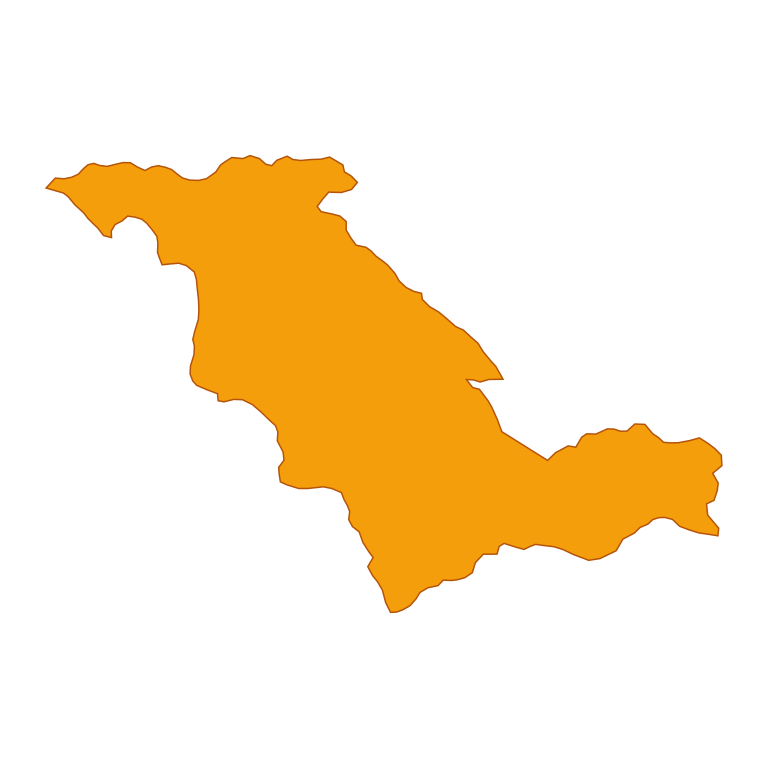 outline of Coronel Macedo, São Paulo, Brazil
{"feature_id": "56859067B35936391886088", "entity_name": "Coronel Macedo", "entity_type": "district", "adm_level": 2, "iso_a3": "BRA", "parent_name": "Brazil", "parent_adm1": "São Paulo", "projection": "orthographic", "projection_center": [-49.312, -23.631], "detail": "fine", "context": "isolated", "style": "filled", "palette": "amber", "viewbox_px": 768, "rotation_deg": 0, "n_neighbors": 0, "source": "geoboundaries", "source_scale": "gbopen_adm2", "svg_char_len": 3043}
<svg xmlns="http://www.w3.org/2000/svg" viewBox="0 0 768 768"><path d="M329.6,157.1L320.9,159.2L311.3,159.5L300.6,160.5L292.9,159.5L287.1,156.2L276.8,160.3L271.7,165.7L265.8,164.2L259.3,158.5L250.0,155.6L242.9,158.6L231.8,157.5L225.3,161.6L220.5,165.0L215.8,172.0L206.5,178.7L198.5,180.4L189.8,180.1L182.5,178.0L177.6,174.4L171.7,169.6L165.5,167.3L158.3,165.7L151.6,167.0L144.9,170.5L137.2,166.9L130.3,162.7L123.0,162.6L115.5,164.3L107.2,166.4L99.4,165.4L93.9,163.4L88.1,164.7L83.7,168.4L78.3,174.2L71.8,177.2L64.0,178.8L55.3,178.1L46.1,188.0L55.3,190.7L63.2,192.9L68.1,196.6L74.8,204.7L83.7,212.9L88.1,218.6L93.1,223.6L97.7,227.9L103.6,235.6L111.5,237.6L111.3,231.0L115.0,224.6L122.1,220.9L127.6,216.1L134.9,217.1L141.8,219.2L146.7,223.2L152.0,229.6L156.9,236.3L157.9,243.1L157.5,252.4L159.5,258.1L162.1,264.8L170.5,263.9L178.8,263.2L186.3,265.6L194.3,272.0L196.4,279.4L197.3,288.8L198.5,299.9L198.9,310.6L198.3,319.7L194.6,331.8L192.8,339.5L194.4,346.0L194.0,354.7L190.5,365.8L190.1,374.1L192.8,381.0L196.8,385.4L207.6,390.0L217.5,393.7L218.1,400.7L224.0,401.8L233.8,399.4L242.4,399.7L252.3,404.5L260.9,411.9L269.6,420.3L275.5,425.6L277.9,432.0L277.3,440.8L283.1,452.0L284.0,460.2L278.7,467.3L279.1,473.7L280.4,481.9L287.1,484.9L298.8,488.5L307.8,488.5L317.0,487.5L323.4,486.8L331.8,488.5L341.4,492.6L344.2,499.9L347.2,505.1L349.7,511.5L348.7,519.6L352.5,526.6L359.2,531.9L362.9,542.4L368.4,551.1L373.1,557.5L367.8,566.7L372.5,575.5L377.7,582.0L382.4,590.1L385.7,602.6L390.6,612.4L396.8,612.0L402.6,609.9L410.1,605.6L416.0,598.9L419.9,592.5L427.8,587.8L438.0,585.6L443.3,580.1L451.4,580.5L457.1,579.8L464.6,577.8L472.3,572.7L475.4,562.6L483.3,554.2L497.0,554.1L499.2,546.4L504.1,543.4L516.0,547.2L524.1,549.4L530.2,546.4L535.5,544.4L541.5,545.2L554.5,546.8L563.1,549.6L574.3,554.9L583.2,558.2L588.7,560.3L599.9,558.6L616.2,550.7L622.9,539.1L634.3,533.1L640.0,527.5L647.9,524.1L652.8,519.6L658.5,517.7L664.5,517.4L672.5,519.4L679.7,526.3L689.2,529.9L698.8,532.9L709.8,534.5L717.9,535.8L718.7,528.2L713.8,522.4L707.7,515.1L706.5,503.9L714.0,500.3L717.2,490.8L718.2,483.1L712.7,473.3L721.9,465.6L721.3,455.2L714.6,448.4L708.0,443.4L699.4,437.9L689.6,440.6L678.5,442.7L670.6,442.9L663.5,442.3L659.0,438.0L652.6,433.6L644.9,424.4L634.8,424.0L627.0,431.1L620.3,431.2L614.1,429.1L607.3,428.9L595.9,434.1L586.7,433.8L581.7,437.2L575.8,447.2L568.2,445.9L562.4,449.0L555.5,452.7L547.6,460.4L501.8,431.7L497.5,419.9L491.8,407.2L488.0,400.7L479.4,389.3L472.7,387.6L466.4,379.5L473.5,379.9L480.0,382.0L488.7,379.5L503.0,379.2L495.8,366.4L490.6,360.7L483.1,351.6L478.0,343.3L471.4,337.5L463.5,330.2L455.4,326.4L447.4,319.3L438.7,312.0L429.5,306.6L422.4,299.5L421.5,293.3L413.8,291.4L406.0,287.4L399.1,280.9L395.0,273.5L387.5,264.9L381.8,260.4L375.9,256.1L371.2,251.1L366.0,247.3L356.1,245.2L351.1,238.3L346.2,230.1L346.2,221.5L339.8,216.0L332.0,214.0L321.2,211.7L317.2,206.5L322.9,198.8L328.8,192.1L341.3,192.5L351.5,189.5L357.4,182.4L351.2,176.0L344.4,171.9L342.9,165.0L336.1,160.9L329.6,157.1Z" fill="#f59e0b" stroke="#b45309" stroke-width="1.5"/></svg>